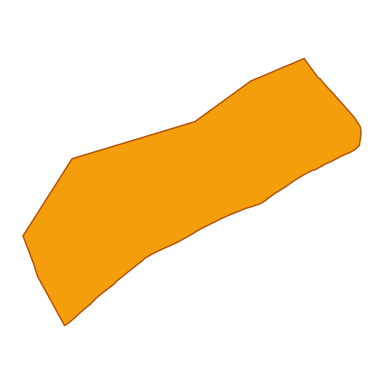 outline of Anse De Sables/Beane Field, Vieux Fort, Saint Lucia
{"feature_id": "8701671B90786780806365", "entity_name": "Anse De Sables/Beane Field", "entity_type": "district", "adm_level": 2, "iso_a3": "LCA", "parent_name": "Saint Lucia", "parent_adm1": "Vieux Fort", "projection": "robinson", "projection_center": [-60.94, 13.732], "detail": "fine", "context": "isolated", "style": "filled", "palette": "amber", "viewbox_px": 384, "rotation_deg": 0, "n_neighbors": 0, "source": "geoboundaries", "source_scale": "gbopen_adm2", "svg_char_len": 1244}
<svg xmlns="http://www.w3.org/2000/svg" viewBox="0 0 384 384"><path d="M35.9,271.2L37.5,276.2L64.5,325.5L66.4,324.4L69.2,322.5L71.4,320.6L75.0,317.5L79.1,313.6L85.2,308.3L89.8,304.6L90.3,304.2L93.6,300.8L96.4,297.9L101.1,294.0L107.4,289.1L112.9,285.0L117.6,280.3L122.9,276.2L129.6,270.6L137.8,264.2L141.9,261.0L145.1,258.1L146.9,257.1L152.1,254.0L156.4,251.8L163.3,248.6L167.4,246.8L170.8,245.3L176.4,242.8L184.0,238.6L188.6,236.0L192.2,234.1L196.8,231.1L201.3,228.5L209.9,224.3L215.8,221.4L219.1,219.6L224.9,217.0L230.4,214.5L237.4,211.8L243.5,209.3L245.5,208.4L249.7,207.3L256.1,205.1L260.6,203.5L262.7,202.3L265.9,200.3L267.3,198.9L273.1,194.7L275.7,192.9L279.0,190.9L287.3,185.5L293.3,181.2L303.0,175.2L311.3,170.8L312.6,170.3L315.1,169.7L316.4,169.0L323.5,165.1L325.3,164.0L331.0,161.6L335.5,159.2L340.3,156.7L345.4,154.3L348.7,153.0L350.4,152.2L352.2,151.1L355.2,149.4L357.1,147.7L359.4,145.4L360.0,141.1L361.0,134.1L360.8,129.6L359.9,126.0L357.2,122.0L354.6,117.9L349.8,112.2L347.4,109.6L342.4,103.9L336.6,97.5L333.2,93.6L328.4,88.5L324.8,84.5L319.8,78.6L318.5,78.2L305.6,60.7L304.1,58.5L250.7,81.1L194.8,121.7L72.1,158.7L32.8,220.6L23.0,235.9L27.4,247.3L33.7,264.0L35.9,271.2Z" fill="#f59e0b" stroke="#b45309" stroke-width="1.5"/></svg>